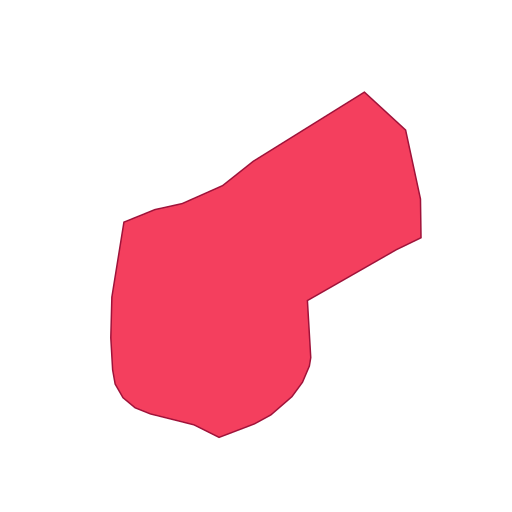 the Municipality of Orhon, rotated 132°
{"feature_id": "MNG-3324", "entity_name": "Orhon", "entity_type": "Municipality", "adm_level": 1, "iso_a3": "MNG", "parent_name": "Mongolia", "parent_adm1": "", "projection": "albers", "projection_center": [104.363, 49.015], "detail": "fine", "context": "isolated", "style": "filled", "palette": "rose", "viewbox_px": 512, "rotation_deg": 132, "n_neighbors": 0, "source": "natural_earth", "source_scale": "10m", "svg_char_len": 493}
<svg xmlns="http://www.w3.org/2000/svg" viewBox="0 0 512 512"><g transform="rotate(132 256 256)"><path d="M415.5,162.1L423.0,189.2L444.0,228.8L449.7,244.3L450.3,260.0L445.4,275.0L436.5,286.4L413.9,309.2L383.0,335.6L319.2,376.8L289.2,362.2L266.4,345.9L226.0,327.9L187.4,321.4L61.7,285.1L62.3,229.1L103.6,171.9L132.0,145.6L157.3,155.9L254.7,188.0L294.9,147.3L302.1,142.7L318.7,137.0L336.5,135.2L364.0,138.6L381.7,144.8L415.5,162.1Z" fill="#f43f5e" stroke="#9f1239" stroke-width="1.5"/></g></svg>